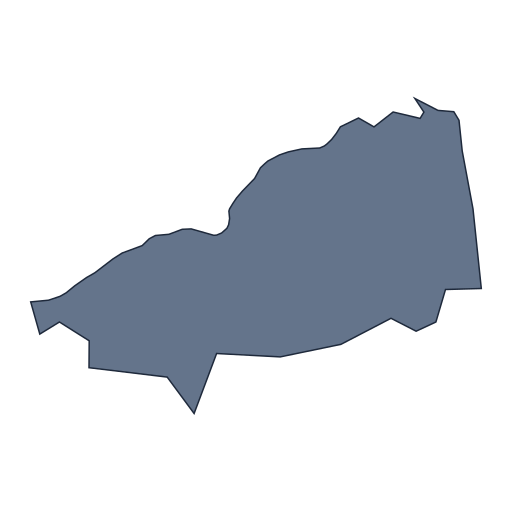 outline of Pleasants, West Virginia, United States of America
{"feature_id": "52423323B68684722164969", "entity_name": "Pleasants", "entity_type": "district", "adm_level": 2, "iso_a3": "USA", "parent_name": "United States of America", "parent_adm1": "West Virginia", "projection": "robinson", "projection_center": [-81.188, 39.372], "detail": "fine", "context": "isolated", "style": "filled", "palette": "slate", "viewbox_px": 512, "rotation_deg": 0, "n_neighbors": 0, "source": "geoboundaries", "source_scale": "gbopen_adm2", "svg_char_len": 900}
<svg xmlns="http://www.w3.org/2000/svg" viewBox="0 0 512 512"><path d="M340.4,126.8L336.3,133.4L331.6,139.5L326.7,144.2L324.3,146.0L319.7,148.0L301.9,148.9L288.3,151.9L279.5,154.9L267.9,161.0L265.0,163.5L260.5,167.7L254.6,178.5L242.5,191.0L236.6,197.9L232.9,203.4L229.6,208.8L228.9,211.1L229.6,218.6L228.6,224.8L226.9,228.3L221.6,233.0L216.6,235.1L213.8,235.3L191.2,228.9L182.2,229.3L168.9,234.3L155.4,235.5L149.3,238.7L142.2,245.6L122.2,253.0L113.1,258.8L94.8,272.8L86.6,277.5L75.0,285.6L66.2,292.8L60.1,296.3L48.5,300.2L30.7,301.9L39.8,334.1L59.4,322.0L89.2,340.8L89.0,367.7L167.2,377.1L194.1,413.5L216.6,353.5L280.2,356.9L341.0,344.3L391.0,318.3L416.1,331.2L435.9,322.0L445.5,289.5L481.3,288.5L473.0,208.9L462.2,150.9L459.0,120.3L453.8,111.7L438.0,110.4L414.9,98.5L423.9,112.1L420.1,118.4L393.1,112.0L374.0,126.9L358.5,118.0L340.4,126.8Z" fill="#64748b" stroke="#1e293b" stroke-width="1.5"/></svg>